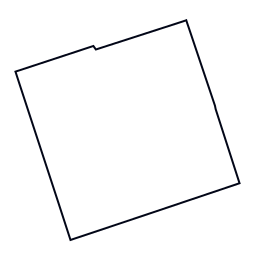 Blackford, Indiana, United States of America (Albers equal-area conic projection), rotated 252°
{"feature_id": "52423323B73366349077261", "entity_name": "Blackford", "entity_type": "district", "adm_level": 2, "iso_a3": "USA", "parent_name": "United States of America", "parent_adm1": "Indiana", "projection": "albers", "projection_center": [-85.31, 40.473], "detail": "fine", "context": "isolated", "style": "outline", "palette": "ink", "viewbox_px": 256, "rotation_deg": 252, "n_neighbors": 0, "source": "geoboundaries", "source_scale": "gbopen_adm2", "svg_char_len": 347}
<svg xmlns="http://www.w3.org/2000/svg" viewBox="0 0 256 256"><g transform="rotate(252 128 128)"><path d="M39.3,38.7L40.0,121.7L41.0,216.7L41.0,217.0L118.9,217.2L122.3,217.6L203.0,216.8L209.1,216.7L212.5,216.7L212.4,213.2L212.6,121.7L216.7,120.4L216.4,38.4L202.1,38.4L80.0,38.7L39.3,38.7Z" fill="none" stroke="#020617" stroke-width="2"/></g></svg>